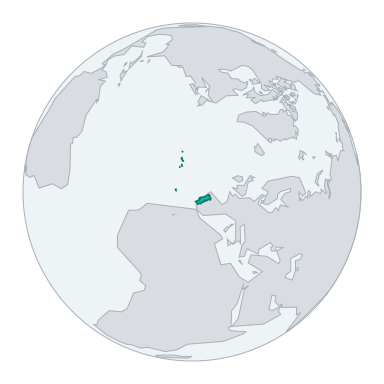 globe centered on Portugal, rotated 63°
{"feature_id": "PRT", "entity_name": "Portugal", "entity_type": "country or territory", "adm_level": 0, "iso_a3": "PRT", "parent_name": "Europe", "parent_adm1": "", "projection": "orthographic", "projection_center": [-13.235, 37.393], "detail": "fine", "context": "on_globe", "style": "filled", "palette": "teal", "viewbox_px": 384, "rotation_deg": 63, "n_neighbors": 0, "source": "natural_earth", "source_scale": "50m", "svg_char_len": 12003}
<svg xmlns="http://www.w3.org/2000/svg" viewBox="0 0 384 384"><g transform="rotate(63 192 192)"><circle cx="192" cy="192" r="169" fill="#eef3f6" stroke="#a8b0b8"/><path d="M72.1,311.0L70.8,309.6L58.7,290.1L54.9,283.6L46.6,271.4L36.2,244.5L37.2,239.0L35.7,233.4L40.6,228.0L40.5,215.6L39.1,211.9L37.0,213.8L33.3,199.4L33.7,188.2L31.6,149.4L33.3,142.4L36.4,135.4L51.3,103.8L37.6,129.0L40.4,121.3L45.6,110.9L46.3,110.7L54.6,97.9L59.3,90.5L71.9,76.9L87.2,66.9L83.5,70.5L87.6,68.1L92.5,63.6L94.7,61.4L115.4,50.2L132.7,40.1L134.6,37.4L137.0,38.0L138.1,33.6L145.1,30.3L139.4,33.9L140.5,34.3L146.4,31.7L148.8,31.6L153.1,30.5L155.5,30.8L151.9,33.3L153.4,33.7L157.5,31.9L162.4,31.4L156.2,33.9L164.2,33.4L159.8,38.5L141.1,46.5L140.8,51.0L127.3,64.2L130.7,63.8L127.8,69.1L130.6,70.7L127.3,73.1L132.4,72.4L134.9,69.9L137.9,68.9L139.8,69.7L135.9,72.8L134.4,72.8L134.3,74.2L131.5,75.4L133.9,75.3L129.0,79.1L136.6,76.7L135.0,81.0L131.0,83.2L127.9,81.1L110.8,82.5L105.8,84.9L101.9,89.9L101.8,102.8L97.8,106.5L94.8,112.8L98.6,111.4L102.3,106.1L108.8,105.4L112.5,99.4L115.7,98.4L120.9,93.4L123.9,96.3L123.9,102.0L119.7,106.5L119.6,109.4L126.7,107.1L121.8,117.9L123.7,129.6L122.0,132.5L113.2,133.7L105.5,128.2L94.1,131.5L105.3,131.7L100.9,139.5L101.7,142.0L104.2,143.2L107.4,141.3L106.6,144.6L95.3,145.2L95.8,142.1L99.4,141.8L95.7,139.5L88.0,140.7L86.4,144.9L76.6,143.4L75.3,146.6L72.4,148.3L75.1,143.2L70.1,152.5L58.2,154.6L51.1,170.9L54.0,154.7L52.5,149.7L50.0,145.5L48.7,148.0L47.2,140.0L42.8,139.6L36.5,149.6L33.4,161.1L35.5,168.5L38.3,165.4L41.1,169.3L34.5,179.6L38.7,190.2L35.6,199.6L36.2,207.4L39.4,210.2L42.4,216.9L46.0,214.0L51.3,215.4L49.8,223.8L53.9,218.8L56.0,225.3L67.4,233.7L66.1,234.9L75.5,251.5L88.1,262.7L91.0,270.1L89.2,272.9L94.2,276.2L94.3,278.6L116.1,290.2L129.0,299.5L129.8,307.0L121.3,312.6L119.1,326.4L105.4,325.3L105.6,329.6L101.3,332.1L92.5,326.9L98.9,332.1L97.2,331.6L92.5,328.5L94.3,329.9L82.8,320.9L72.1,311.0ZM48.5,175.6L53.5,192.2L48.5,187.9L49.9,187.6L49.1,182.2L46.8,174.9L43.1,171.8L48.5,175.6ZM55.5,171.3L54.5,169.1L55.8,170.6L55.5,171.3ZM95.3,60.5L92.3,63.6L87.0,67.9L89.2,65.2L95.3,60.5ZM105.7,53.3L105.0,54.5L100.5,56.5L102.3,55.2L105.7,53.3ZM135.3,35.7L132.5,37.2L134.4,35.8L135.3,35.7ZM153.3,30.3L153.3,30.0L155.5,29.6L153.3,30.3ZM119.0,92.2L119.9,92.8L118.4,93.4L119.0,92.2ZM120.3,89.5L117.9,89.8L118.2,88.6L119.7,88.5L120.3,89.5ZM161.1,29.7L164.6,29.4L160.5,30.1L161.1,29.7ZM123.2,89.5L119.1,86.5L119.6,84.4L125.7,82.2L123.2,89.5ZM166.3,29.5L174.8,29.0L175.6,28.1L178.1,30.9L170.0,30.1L164.8,31.0L167.2,30.0L166.3,29.5ZM134.8,68.8L132.3,71.4L132.7,68.5L134.8,68.8ZM134.3,67.2L131.1,60.5L135.8,57.3L136.0,60.1L140.7,55.6L144.5,57.3L142.8,60.2L139.0,61.8L143.4,61.3L134.3,67.2ZM178.1,32.6L179.6,33.1L177.4,33.1L178.1,32.6ZM139.2,68.2L138.1,67.0L142.1,64.1L145.0,66.0L142.8,66.3L139.2,68.2ZM140.0,53.7L143.5,52.1L147.6,53.0L149.5,52.5L145.0,57.1L140.0,53.7ZM142.8,67.4L146.3,67.1L146.2,69.3L140.5,69.3L142.8,67.4ZM142.0,62.7L144.0,61.4L143.8,62.7L142.0,62.7ZM147.5,77.5L146.2,75.8L148.1,74.1L147.5,77.5ZM147.7,66.9L147.7,66.1L148.3,65.4L150.6,65.7L147.7,66.9ZM148.2,57.5L149.2,58.3L150.3,55.7L153.4,56.4L149.8,59.4L152.7,58.5L153.6,58.7L149.7,60.9L148.2,57.5ZM154.7,63.7L151.3,68.2L153.4,71.4L151.7,73.0L148.6,67.5L154.7,63.7ZM152.1,61.8L153.3,63.3L150.6,64.3L148.1,64.0L152.1,61.8ZM156.8,55.9L152.9,54.0L153.8,53.4L156.8,55.9ZM155.8,64.4L156.6,63.3L156.3,64.5L155.8,64.4ZM157.1,58.2L155.6,57.6L156.7,56.9L157.1,58.2ZM159.5,61.9L158.4,63.2L156.6,63.0L159.5,61.9ZM158.8,60.0L160.7,59.3L156.7,62.1L158.0,59.8L158.8,60.0ZM158.3,57.8L158.5,57.2L158.8,58.1L158.3,57.8ZM166.8,62.3L162.2,65.8L158.3,65.1L163.3,61.7L166.8,62.3ZM210.2,24.0L209.4,24.5L195.1,25.6L201.6,25.0L202.4,25.6L206.1,25.8L210.5,25.6L209.6,25.2L228.1,28.9L243.2,32.0L236.7,29.6L236.4,29.1L242.0,30.6L253.9,34.8L265.4,39.8L276.6,45.7L287.2,52.4L297.4,59.9L306.9,68.2L315.9,77.1L324.1,86.6L331.6,96.8L338.3,107.5L344.2,118.6L342.7,116.1L346.7,125.9L354.2,149.1L358.0,162.4L359.3,172.0L354.2,160.6L348.9,150.0L348.9,154.7L342.1,151.1L335.6,164.4L333.0,162.4L332.2,166.6L327.1,167.9L322.6,164.4L320.3,167.7L331.9,176.9L334.2,173.4L333.9,164.4L336.8,168.8L341.5,168.7L342.2,188.1L329.8,217.6L325.9,208.4L302.6,189.6L301.8,185.8L301.6,185.5L301.1,184.9L301.7,191.5L296.8,187.4L312.2,202.7L315.9,210.7L329.7,218.4L329.1,220.9L332.7,221.4L341.0,207.5L341.6,211.0L339.3,231.8L325.5,265.3L325.8,276.7L322.2,288.1L310.2,302.0L307.8,308.7L301.1,314.7L298.5,318.7L291.2,325.3L280.2,333.1L265.3,339.7L267.0,337.0L263.7,333.5L260.1,319.7L266.7,309.5L266.5,302.8L255.4,289.7L258.0,279.1L254.4,275.8L247.2,278.7L242.7,274.6L238.1,275.4L207.4,283.7L196.5,277.8L179.5,256.8L183.8,247.7L181.8,237.0L209.4,196.1L218.5,197.0L243.9,185.8L247.7,186.2L248.2,195.5L270.0,199.2L273.0,190.0L289.3,188.4L298.0,182.9L294.9,165.4L280.7,174.1L274.8,167.9L283.4,154.4L295.3,147.3L293.4,144.7L283.0,143.2L282.8,135.9L279.1,142.3L282.8,143.9L280.5,148.1L277.0,146.9L277.1,144.3L272.6,145.2L273.5,158.3L277.3,161.3L267.5,168.7L273.0,174.6L271.4,179.4L261.6,171.2L260.3,167.1L244.4,160.0L244.9,164.9L259.9,172.1L256.5,172.5L257.2,179.9L254.0,174.6L237.5,166.1L226.7,172.2L218.1,192.6L210.7,195.5L202.2,193.3L200.3,175.2L217.0,170.9L216.5,165.1L208.8,158.1L214.5,157.6L213.4,154.5L219.3,152.6L223.3,143.3L228.6,140.9L226.0,131.0L228.4,128.6L229.2,135.0L232.7,138.4L245.4,132.9L246.6,130.1L244.0,124.3L247.8,123.8L243.6,118.9L248.9,113.6L238.9,116.2L235.5,110.2L236.4,104.0L233.5,102.6L231.9,112.9L232.9,116.7L236.7,119.0L237.8,130.6L234.4,133.9L226.4,124.1L220.5,128.0L216.8,119.3L223.3,95.9L228.0,89.8L244.6,91.0L245.9,95.3L240.5,96.8L249.3,100.4L246.7,97.7L249.9,97.5L247.5,92.2L249.6,91.9L243.6,87.6L245.9,86.6L249.7,89.3L248.1,81.3L251.9,78.3L250.5,76.7L247.9,75.8L254.4,73.0L253.1,71.9L250.4,72.5L246.1,70.9L240.9,67.2L243.5,66.3L245.7,67.6L254.1,69.2L259.5,73.0L260.1,72.3L255.9,68.9L245.6,66.8L241.8,64.9L246.6,65.2L244.6,64.9L243.5,63.7L244.7,61.9L239.5,61.3L223.9,50.7L224.8,46.6L230.8,47.8L222.6,40.9L224.3,37.7L221.8,38.1L216.3,35.7L215.7,36.6L214.1,36.6L199.5,31.9L198.0,30.5L189.0,29.7L187.7,30.0L188.3,30.9L178.1,30.9L175.6,28.1L178.6,27.5L175.1,26.6L182.3,25.5L186.7,24.5L196.8,24.5L199.4,24.0L197.6,23.8L199.9,23.4L206.9,23.7L210.2,24.0ZM203.8,216.8L203.9,220.3L203.8,216.8ZM310.7,147.8L316.0,142.6L308.8,135.5L310.3,133.1L307.3,131.8L308.3,135.1L300.3,131.0L300.9,125.7L297.8,122.3L295.8,123.9L296.1,134.3L307.5,140.0L308.3,145.3L310.7,147.8ZM67.8,233.8L69.0,236.4L67.0,235.1L67.8,233.8ZM46.8,190.7L48.3,192.8L48.8,195.2L47.4,194.1L46.8,190.7ZM62.6,206.7L64.9,209.5L62.0,208.1L62.6,206.7ZM54.5,194.6L60.7,204.8L55.2,203.0L51.4,196.6L54.6,199.0L54.5,194.6ZM52.5,175.4L53.3,177.2L52.3,178.4L52.5,175.4ZM56.5,172.5L56.0,172.1L56.1,170.2L56.5,172.5ZM101.6,139.4L102.4,139.5L104.4,141.3L102.5,141.7L101.6,139.4ZM119.2,143.1L117.7,148.5L117.5,144.7L114.5,146.0L110.3,140.0L121.0,133.6L116.9,137.4L119.2,143.1ZM107.6,130.8L109.1,135.0L107.0,130.7L107.6,130.8ZM201.5,140.2L204.9,141.6L204.7,145.6L197.9,149.8L198.2,143.9L201.5,140.2ZM209.7,142.8L203.7,132.6L207.6,129.9L206.4,133.1L209.7,132.3L208.6,137.3L218.3,145.2L218.8,149.3L206.1,154.1L210.0,150.1L206.4,148.8L209.7,142.8ZM181.2,114.8L178.6,111.3L190.5,109.9L191.5,113.4L184.9,117.5L179.7,115.8L181.2,114.8ZM134.8,86.5L133.0,86.0L134.1,85.1L136.5,84.7L134.8,86.5ZM146.7,76.9L143.6,88.1L141.4,88.0L142.2,95.2L136.8,97.8L136.4,92.9L132.8,100.6L130.4,97.3L128.6,102.7L128.4,91.5L126.1,89.2L130.8,90.7L135.8,88.3L137.3,86.6L139.7,80.0L137.2,74.2L141.8,71.2L145.7,70.7L147.0,71.7L143.6,73.2L147.8,73.4L143.9,76.4L146.7,76.9ZM189.2,71.7L184.7,72.2L192.5,74.8L188.6,77.1L189.7,77.3L188.3,80.2L188.5,84.2L186.3,84.9L187.3,86.2L186.4,88.3L187.1,90.4L183.3,92.4L183.9,95.2L181.7,94.6L183.7,98.9L180.5,96.7L179.0,99.5L182.9,100.2L160.6,108.0L153.7,113.7L149.7,119.9L144.8,115.7L145.4,107.5L149.3,98.4L156.6,93.8L153.0,93.0L155.5,90.6L157.3,92.2L156.0,88.4L158.5,86.9L161.9,80.1L158.6,75.8L159.7,73.4L162.3,74.3L161.7,71.3L167.3,71.6L168.3,69.9L174.9,68.7L179.3,71.9L180.0,69.8L185.0,69.1L189.2,71.7ZM168.7,62.0L174.8,64.8L175.7,67.6L163.9,68.5L162.3,70.0L154.8,71.1L153.6,67.2L155.9,67.2L157.8,66.3L157.4,67.9L159.1,66.0L162.3,66.0L164.5,64.6L165.9,65.8L168.7,62.0ZM249.9,181.8L252.4,181.3L255.8,179.6L256.4,184.4L249.9,181.8ZM238.6,176.2L240.5,174.9L243.0,180.5L240.4,181.1L238.6,176.2ZM239.5,169.7L240.4,174.4L238.4,172.3L239.5,169.7ZM230.9,133.7L232.7,132.2L233.7,133.3L233.7,135.8L230.9,133.7ZM211.5,81.5L208.8,81.0L208.8,80.1L204.2,76.8L206.7,75.1L210.5,76.4L211.5,81.5ZM293.7,169.7L292.4,174.3L290.6,173.7L291.4,172.2L293.7,169.7ZM274.4,180.3L279.8,179.9L274.5,181.6L274.4,180.3ZM213.4,79.1L211.3,77.9L213.9,77.8L213.4,79.1ZM208.3,73.7L211.0,73.2L206.5,74.5L208.3,73.7ZM338.2,271.1L325.1,294.7L320.8,299.0L322.6,294.9L329.1,282.2L334.9,274.1L338.5,266.4L338.2,271.1ZM358.2,163.1L359.3,168.2L359.7,171.7L358.2,163.1ZM231.8,65.3L235.4,71.5L239.7,75.4L244.7,76.4L239.2,77.9L232.6,71.8L231.8,65.3ZM224.6,52.5L220.2,52.0L221.0,50.7L222.1,50.7L224.6,52.5ZM222.8,53.2L219.5,55.4L216.3,54.2L219.5,52.7L222.8,53.2ZM216.7,66.6L217.6,68.5L215.4,68.4L216.7,66.6ZM238.0,29.4L234.8,28.8L232.2,28.3L233.4,28.2L238.0,29.4ZM180.7,32.5L179.7,33.0L179.3,32.4L180.7,32.5ZM213.9,37.2L211.6,37.1L211.2,36.2L213.9,37.2ZM205.2,36.6L207.2,37.7L204.0,36.9L205.2,36.6ZM212.0,40.0L207.6,38.2L213.4,39.5L212.0,40.0Z" fill="#d9dde1" stroke="#a8b0b8" stroke-width="1"/><path d="M201.8,178.4L202.0,178.2L202.3,178.0L202.7,177.8L202.9,177.7L203.0,177.7L203.0,177.8L203.1,178.0L203.0,178.3L203.1,178.6L203.3,178.7L203.5,178.5L203.7,178.4L203.7,178.5L204.1,178.4L204.3,178.4L204.3,178.5L204.6,178.5L204.8,178.5L205.1,178.4L205.2,178.2L205.3,178.1L205.6,178.1L205.9,178.1L206.0,178.1L206.3,178.1L206.5,178.1L206.6,178.3L206.7,178.5L206.7,178.8L206.8,178.9L207.0,178.9L207.4,179.0L207.5,179.2L207.4,179.3L207.3,179.5L207.1,179.7L206.7,180.0L206.3,180.6L206.1,180.7L206.0,180.8L206.2,181.2L206.3,181.5L206.3,181.9L206.3,182.0L206.3,182.4L206.3,182.5L206.4,182.8L206.1,183.1L205.9,183.4L206.0,183.4L206.2,183.7L206.3,183.8L206.3,184.0L206.2,184.4L206.0,184.7L205.9,184.8L205.1,184.9L204.9,184.9L204.9,185.0L205.1,185.3L205.3,185.4L205.4,185.5L205.5,185.8L205.8,186.4L206.1,186.5L206.3,186.6L206.3,186.8L206.2,187.1L206.0,187.3L205.8,187.5L205.7,187.7L205.7,187.9L205.6,188.1L205.6,188.3L206.2,189.2L206.5,189.2L206.5,189.4L206.4,189.6L206.0,189.7L205.8,190.1L205.6,190.4L205.5,190.6L205.4,191.0L205.5,191.5L205.7,192.2L205.5,192.3L204.7,192.8L204.0,192.6L203.2,192.6L202.9,192.5L202.6,192.7L202.3,192.7L202.1,192.9L202.1,192.4L202.3,191.6L202.3,191.2L202.4,190.8L202.3,190.3L202.1,190.1L202.3,189.4L202.2,189.1L202.0,188.7L202.5,188.7L202.4,188.5L202.2,188.4L202.1,188.5L201.6,188.7L201.3,188.7L201.3,188.4L201.2,188.1L201.3,188.0L201.5,187.9L201.8,187.6L201.7,187.3L201.8,187.0L202.2,186.8L201.8,187.0L201.5,187.5L201.4,187.8L201.2,187.9L200.9,188.0L200.8,187.9L200.6,187.9L200.6,187.7L200.7,187.2L200.7,186.8L200.9,186.3L200.8,186.2L200.9,185.9L201.1,185.8L201.3,185.5L201.6,184.6L201.9,183.7L201.8,183.3L202.0,182.3L202.1,182.2L202.2,181.9L202.2,181.4L202.2,181.0L202.2,180.9L202.1,180.7L202.0,180.3L201.8,179.5L201.7,179.2L201.9,179.1L201.7,179.1L201.6,178.9L201.6,178.7L201.8,178.4ZM163.3,188.8L163.5,188.8L164.2,188.9L164.4,188.9L164.3,189.1L164.2,189.2L163.7,189.2L163.1,189.0L162.9,188.8L162.9,188.6L163.0,188.5L163.3,188.8ZM182.2,205.1L182.5,205.3L182.9,205.2L183.2,205.4L183.4,205.5L183.2,205.6L183.1,205.8L182.6,205.7L182.2,205.6L182.1,205.4L182.2,205.1ZM158.0,186.2L158.1,186.3L157.8,186.3L157.7,186.3L157.5,186.2L157.2,186.2L157.1,185.8L157.2,185.7L157.4,185.8L158.0,186.2ZM160.4,186.0L159.9,185.9L159.8,185.7L160.1,185.5L160.4,185.5L160.5,185.7L160.5,185.9L160.4,186.0ZM158.8,186.0L158.7,186.0L158.2,185.7L157.7,185.3L158.4,185.7L158.8,186.0ZM151.9,182.2L151.7,182.3L151.5,182.2L151.7,181.9L151.8,181.9L151.9,182.0L151.9,182.2ZM156.9,185.8L156.7,185.7L156.8,185.4L156.9,185.5L157.0,185.6L156.9,185.8ZM164.4,191.5L164.1,191.6L164.0,191.4L164.3,191.3L164.4,191.5Z" fill="#14b8a6" stroke="#0f766e" stroke-width="1.5"/></g></svg>